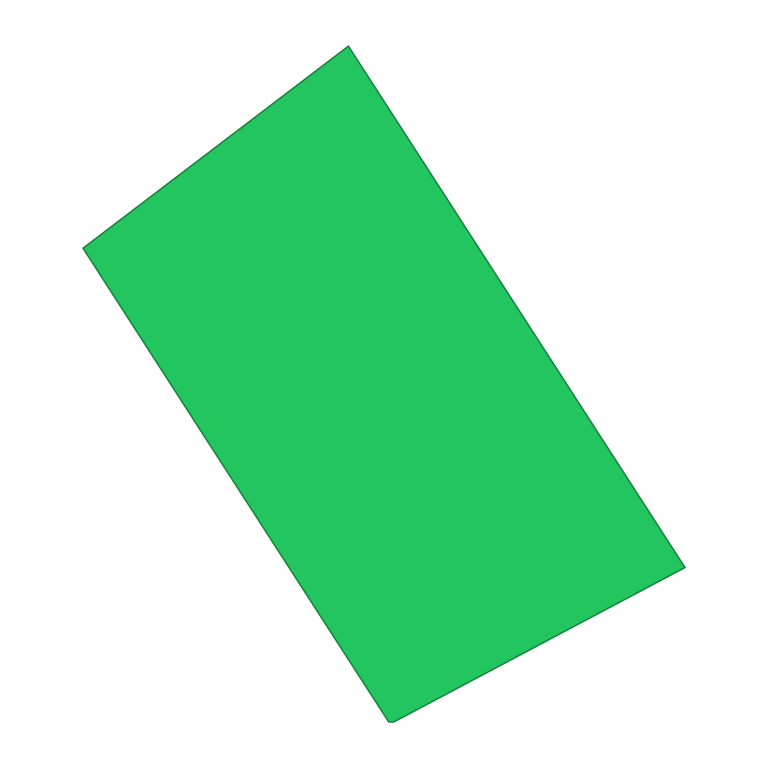 57, Ar Rayyān, Qatar
{"feature_id": "91078587B47648989692762", "entity_name": "57", "entity_type": "district", "adm_level": 2, "iso_a3": "QAT", "parent_name": "Qatar", "parent_adm1": "Ar Rayyān", "projection": "natural_earth1", "projection_center": [51.432, 25.189], "detail": "fine", "context": "isolated", "style": "filled", "palette": "green", "viewbox_px": 768, "rotation_deg": 0, "n_neighbors": 0, "source": "geoboundaries", "source_scale": "gbopen_adm2", "svg_char_len": 236}
<svg xmlns="http://www.w3.org/2000/svg" viewBox="0 0 768 768"><path d="M685.0,567.5L348.4,46.1L335.7,55.8L83.0,248.2L86.2,253.2L209.7,444.7L388.7,721.9L393.9,721.9L685.0,567.5Z" fill="#22c55e" stroke="#15803d" stroke-width="1.5"/></svg>